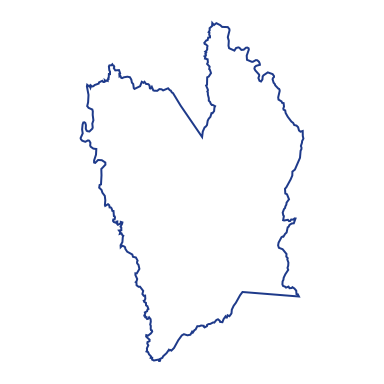 Cavalcante, Goiás, Brazil (Equal Earth projection)
{"feature_id": "56859067B42451354994867", "entity_name": "Cavalcante", "entity_type": "district", "adm_level": 2, "iso_a3": "BRA", "parent_name": "Brazil", "parent_adm1": "Goiás", "projection": "equal_earth", "projection_center": [-47.734, -13.642], "detail": "fine", "context": "isolated", "style": "outline", "palette": "blue", "viewbox_px": 384, "rotation_deg": 0, "n_neighbors": 0, "source": "geoboundaries", "source_scale": "gbopen_adm2", "svg_char_len": 5889}
<svg xmlns="http://www.w3.org/2000/svg" viewBox="0 0 384 384"><path d="M227.8,27.1L222.1,26.9L220.2,25.1L216.3,23.2L214.0,25.0L212.3,23.0L212.1,26.0L209.6,28.2L209.7,30.4L208.6,32.2L209.4,32.7L209.2,34.8L210.0,36.0L210.0,37.4L208.2,37.6L207.6,40.1L206.3,40.4L204.3,42.9L204.7,43.9L206.2,44.6L207.5,46.0L207.1,48.0L207.3,49.0L206.5,50.8L205.2,51.7L206.2,52.7L205.3,53.9L206.0,55.0L205.7,55.8L204.5,56.3L205.3,57.5L205.0,58.6L207.6,59.3L207.9,62.3L207.1,63.9L209.6,66.6L209.2,69.1L209.9,69.8L211.0,73.1L208.7,76.6L207.2,77.3L207.0,84.8L206.1,85.5L207.8,89.5L207.9,90.4L207.3,91.6L207.8,92.2L207.9,94.7L208.8,98.2L208.8,100.7L210.1,102.0L210.7,103.7L211.8,105.0L212.6,104.9L215.1,106.2L214.4,107.7L214.1,111.1L212.5,113.2L211.5,113.1L210.4,116.9L208.8,118.6L207.7,120.7L207.0,125.0L205.9,126.5L204.6,127.4L202.8,131.5L202.1,137.0L180.6,105.6L173.0,93.1L171.8,92.4L170.8,90.6L169.8,90.2L168.1,88.3L163.1,90.4L161.6,89.3L159.4,89.1L157.3,90.8L154.3,90.7L153.3,90.4L151.8,86.8L150.6,88.5L149.9,88.3L149.5,85.5L148.4,84.2L146.0,83.9L144.5,81.8L143.5,82.8L141.8,81.8L140.1,86.2L134.5,88.9L133.8,88.2L133.2,84.0L131.9,82.6L131.3,79.6L129.9,77.2L127.4,76.7L123.8,77.3L122.2,78.1L121.3,77.9L120.2,75.6L119.5,76.2L119.3,73.8L120.1,73.3L119.0,70.1L115.3,70.4L113.8,68.1L114.3,66.9L113.7,65.6L112.8,65.3L112.3,64.3L111.3,65.3L109.4,65.4L108.9,66.4L109.3,70.3L110.0,71.7L110.0,74.1L108.9,74.0L108.7,77.8L108.1,78.3L108.5,79.2L107.7,79.9L107.7,80.9L106.6,80.5L105.9,81.1L104.9,80.3L105.1,81.4L104.2,82.0L103.3,82.0L102.3,80.8L99.0,82.4L98.7,83.6L94.7,85.0L93.4,86.2L91.9,86.5L90.9,85.5L90.4,87.6L89.6,85.8L89.0,86.3L87.2,84.8L86.9,86.3L88.5,94.9L88.1,102.3L87.2,106.1L88.6,107.9L92.3,109.5L92.8,111.2L92.7,114.9L93.4,120.3L92.3,123.6L92.7,127.4L92.4,128.6L89.4,131.5L87.5,131.2L86.7,130.8L85.8,128.8L85.9,125.1L85.3,123.0L84.4,122.3L83.3,122.5L82.6,124.5L82.1,129.4L82.7,133.4L80.6,138.1L80.9,139.2L82.2,140.7L85.3,141.8L88.0,140.4L89.2,140.7L90.4,142.8L90.2,145.6L90.7,146.7L93.3,148.6L96.3,149.0L96.0,154.7L94.1,160.4L94.1,162.5L95.2,162.9L98.1,160.0L101.8,160.2L105.3,162.5L105.4,164.7L101.3,169.0L101.5,175.3L101.0,184.4L99.6,185.0L99.2,187.7L101.5,189.9L102.4,192.7L104.8,195.9L105.3,200.3L104.9,205.1L105.2,205.9L108.0,204.2L109.2,205.2L109.6,207.4L110.7,207.4L111.5,208.2L112.4,210.9L113.5,211.0L113.9,216.1L114.7,216.4L115.0,217.6L114.6,219.4L113.3,219.5L113.0,220.9L113.8,222.0L116.2,222.9L116.5,221.7L117.3,221.5L117.3,224.2L117.9,224.8L120.7,223.4L120.8,221.9L122.4,222.4L122.1,223.8L120.5,226.7L121.3,227.6L121.3,230.2L119.0,230.5L120.3,232.2L119.8,233.9L121.5,233.4L122.4,235.2L123.3,235.8L122.8,236.9L122.4,242.1L120.6,245.2L120.7,247.2L122.2,245.7L124.4,246.6L125.1,247.3L125.3,248.8L127.2,251.7L132.3,254.5L133.0,256.8L135.9,257.5L137.6,260.7L137.0,262.0L137.2,263.4L138.5,264.9L139.4,268.9L136.8,273.4L135.4,273.3L135.4,275.0L137.2,279.0L136.5,281.4L135.8,282.1L136.4,282.5L136.6,285.3L138.6,286.8L140.0,286.7L143.2,290.9L142.4,294.0L143.7,295.8L145.1,295.6L145.3,298.8L144.6,300.5L143.8,300.8L144.3,302.0L145.9,302.8L146.1,305.4L147.4,306.2L148.4,309.0L147.5,309.5L147.1,311.2L144.9,312.4L145.3,313.3L144.3,315.6L145.1,315.8L145.2,317.1L146.4,317.1L146.3,318.0L147.1,319.0L148.1,318.8L149.1,317.3L150.6,319.2L150.8,321.7L150.2,324.6L150.8,325.8L150.7,328.9L151.0,330.1L151.9,330.4L152.2,331.6L150.9,333.4L148.1,335.6L146.3,335.1L146.1,336.3L146.5,337.0L149.6,339.7L149.5,341.2L147.5,342.1L147.3,343.6L148.3,345.3L146.9,348.3L147.1,350.3L146.5,351.5L148.1,352.1L149.0,354.3L151.1,356.5L150.7,357.9L152.2,357.9L152.1,359.6L153.9,360.5L158.9,359.5L159.0,360.9L159.8,361.0L160.2,360.1L160.1,358.9L162.4,357.8L163.1,356.3L166.5,353.2L168.9,349.8L169.4,350.4L170.4,350.0L171.4,350.6L174.0,348.0L178.3,340.2L181.8,335.4L183.9,334.2L187.5,335.3L190.4,334.7L192.1,331.7L192.8,332.6L194.5,330.1L195.6,329.5L197.3,326.2L199.4,326.2L201.1,325.5L203.7,325.8L203.8,326.7L204.6,327.4L206.9,326.2L207.1,324.9L208.5,324.1L210.3,323.9L213.2,322.4L214.3,322.6L216.4,320.0L218.0,319.3L219.8,320.8L220.1,321.9L222.4,322.2L223.6,319.1L225.5,316.4L226.2,317.5L226.9,317.5L227.6,315.3L229.4,316.2L231.0,314.1L231.5,313.2L231.8,309.7L233.7,305.7L235.8,302.9L240.1,295.2L242.5,292.0L298.9,296.5L297.8,294.3L296.5,294.1L296.2,290.6L294.4,288.5L292.4,287.2L291.7,288.0L289.5,288.2L288.5,286.6L286.0,287.6L285.1,286.7L283.0,285.9L282.4,284.3L282.6,281.4L283.4,279.8L283.7,277.7L285.3,274.3L288.2,269.9L287.5,267.9L288.2,265.7L288.4,262.6L287.3,259.4L287.7,258.2L286.3,256.6L286.5,254.0L282.6,249.2L278.9,247.8L278.1,245.3L278.6,242.6L281.5,237.2L282.7,236.5L283.4,236.7L285.1,233.9L286.6,232.5L287.7,227.3L288.6,226.8L289.5,224.9L291.7,223.5L293.8,223.3L295.5,218.5L294.6,218.4L293.2,219.6L291.2,219.5L290.1,221.0L289.0,221.1L287.9,219.8L284.1,220.5L283.1,220.2L283.9,216.1L283.3,215.4L282.7,212.6L284.0,209.1L285.1,207.9L285.3,206.5L286.3,204.7L286.6,202.6L289.0,199.3L287.0,194.3L285.3,193.5L285.0,188.8L286.4,187.2L290.7,179.3L292.3,175.5L292.4,171.6L294.9,169.6L300.0,157.8L300.6,150.7L301.4,149.2L301.5,147.7L300.9,146.0L302.0,142.6L302.1,141.1L303.4,138.6L302.8,136.0L302.7,131.0L300.5,131.7L299.0,130.5L298.1,127.2L296.5,125.6L294.2,125.0L293.2,122.9L291.4,121.6L287.7,116.7L285.6,112.9L285.2,110.4L283.6,109.7L283.3,108.5L284.0,106.6L283.6,103.1L282.2,102.9L281.5,101.4L278.5,99.6L278.2,97.3L279.7,90.9L279.5,89.7L279.1,88.9L278.3,88.6L275.2,85.3L274.9,84.2L273.6,82.7L272.6,79.3L272.9,78.2L274.0,77.0L274.0,76.1L272.6,74.1L267.8,72.4L263.5,75.3L262.7,76.4L262.4,79.5L261.0,81.5L259.5,80.8L258.4,78.0L259.2,75.8L259.1,74.6L255.3,70.4L254.4,68.7L254.8,67.0L256.2,65.8L259.9,64.8L259.7,63.5L258.9,61.7L257.3,60.3L255.9,60.1L252.8,61.8L251.8,61.8L247.0,59.8L246.7,55.7L248.8,49.6L248.6,48.3L247.4,47.6L246.0,47.7L243.7,49.7L241.4,49.9L239.4,47.8L238.3,47.4L236.1,48.0L234.4,50.6L229.1,48.2L228.5,45.8L228.8,40.8L227.8,37.2L229.5,30.5L229.4,29.1L227.8,27.1Z" fill="none" stroke="#1e3a8a" stroke-width="2"/></svg>